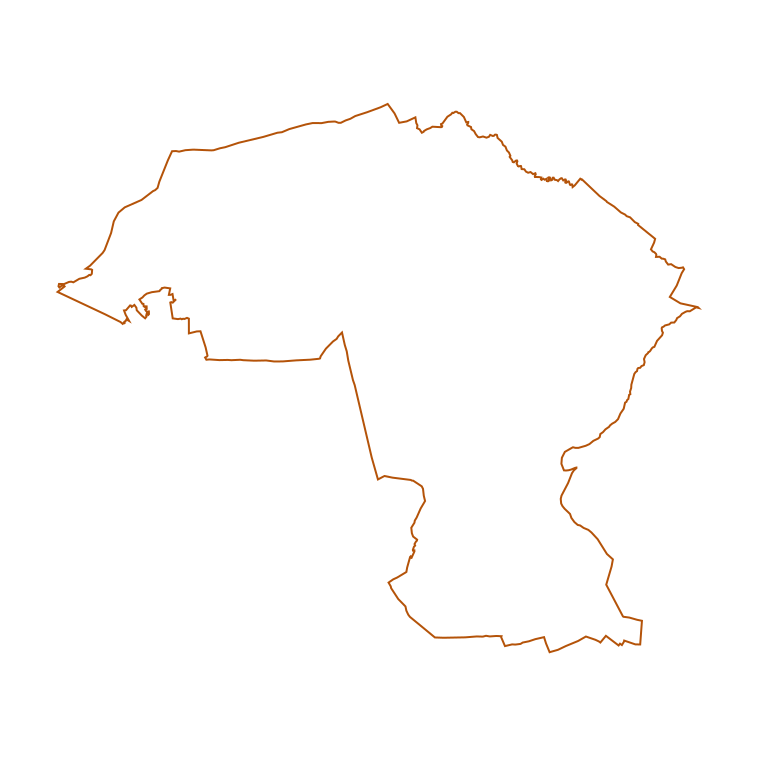 Secas, Arad, Romania (orthographic projection), rotated 266°
{"feature_id": "2599482B87304123778609", "entity_name": "Secas", "entity_type": "district", "adm_level": 2, "iso_a3": "ROU", "parent_name": "Romania", "parent_adm1": "Arad", "projection": "orthographic", "projection_center": [21.803, 45.915], "detail": "fine", "context": "isolated", "style": "outline", "palette": "amber", "viewbox_px": 768, "rotation_deg": 266, "n_neighbors": 0, "source": "geoboundaries", "source_scale": "gbopen_adm2", "svg_char_len": 6147}
<svg xmlns="http://www.w3.org/2000/svg" viewBox="0 0 768 768"><g transform="rotate(266 384 384)"><path d="M575.1,594.1L568.8,588.1L567.3,585.9L569.9,585.7L570.1,585.3L569.5,583.9L569.8,583.4L573.1,582.6L573.3,582.0L572.0,580.0L572.1,579.1L572.9,578.8L574.1,579.8L575.3,579.5L575.5,578.9L574.6,577.0L576.9,575.7L576.9,575.0L575.9,573.3L574.3,571.8L575.3,570.8L575.8,568.7L578.0,567.6L578.0,566.7L576.0,566.2L575.5,564.9L578.4,563.9L578.7,563.0L578.4,562.2L575.5,562.8L574.9,562.3L574.8,561.5L575.1,560.6L577.3,560.2L576.6,558.5L577.7,557.3L576.6,555.4L577.2,554.8L579.0,555.4L579.6,553.1L580.0,549.0L580.9,548.9L582.6,550.0L583.7,549.7L583.0,547.3L585.2,545.0L584.7,542.5L586.0,540.4L588.4,539.0L588.8,536.3L591.8,535.9L592.0,535.0L591.6,533.6L592.0,532.8L594.7,531.7L596.9,532.6L597.7,532.3L597.7,531.4L596.1,529.0L596.5,527.9L598.2,527.5L601.8,525.2L602.8,526.0L606.2,524.8L608.4,522.9L612.3,521.7L614.2,519.4L617.5,518.4L621.5,514.5L624.6,514.0L625.0,513.0L624.9,511.9L623.9,510.9L623.8,509.9L625.1,507.3L623.3,505.9L622.6,503.4L624.0,500.0L623.4,496.7L623.8,495.0L626.9,492.9L630.0,491.5L632.0,489.0L634.3,488.7L636.2,485.3L637.0,485.0L638.6,486.2L639.5,486.3L639.3,484.3L644.8,482.3L648.9,478.7L649.0,477.2L650.5,475.6L650.6,474.1L649.5,472.1L649.8,471.1L648.3,469.7L646.2,465.9L639.8,460.5L639.3,459.0L638.2,459.1L637.2,460.1L636.5,459.8L636.2,458.9L637.3,450.2L636.1,448.0L635.0,444.3L633.6,441.6L632.8,441.1L632.0,439.3L635.6,437.2L636.9,434.8L639.8,435.4L642.0,434.4L647.8,433.9L644.4,425.0L643.5,417.3L653.2,413.4L663.1,407.2L660.3,399.9L656.3,386.1L653.3,374.0L650.9,368.9L649.6,364.1L647.6,359.2L647.7,356.9L649.1,353.9L649.3,352.7L649.4,346.7L648.6,339.9L649.3,331.0L648.4,324.3L644.9,307.3L642.3,299.7L642.1,295.3L638.9,280.8L634.8,256.0L631.3,242.1L630.6,236.8L629.1,230.4L629.1,228.0L631.1,210.1L631.1,202.2L630.1,195.8L630.9,192.8L631.0,188.8L622.2,184.0L601.5,174.0L595.4,171.8L593.4,169.3L592.5,167.0L584.5,154.9L578.3,137.7L573.5,131.1L565.1,125.8L553.7,122.3L537.1,114.6L534.4,112.5L522.5,99.0L519.8,94.6L518.8,99.9L518.2,100.8L514.3,100.2L513.0,98.8L513.4,97.6L512.1,95.7L511.0,92.9L510.2,87.4L507.1,81.2L507.9,79.1L507.8,76.9L506.0,71.8L506.5,66.8L504.2,66.1L502.9,66.9L504.6,69.3L504.5,71.6L503.6,72.2L498.6,64.8L473.0,110.6L464.2,125.5L462.2,127.5L462.8,128.2L462.6,128.9L462.9,129.4L463.7,128.9L464.5,129.7L464.5,130.4L466.4,131.6L464.7,134.1L471.1,131.1L475.5,129.8L475.6,131.8L480.1,136.2L479.9,137.0L478.5,137.7L480.3,140.5L477.4,142.3L474.8,142.5L469.1,147.2L466.2,150.3L467.8,151.8L468.8,151.5L471.0,152.3L470.0,152.6L469.3,153.6L470.1,154.4L472.8,154.5L472.8,153.9L472.1,153.2L473.7,151.5L474.9,151.0L475.4,152.5L478.0,152.6L478.1,151.3L477.4,150.9L478.3,149.7L480.7,149.6L480.9,148.5L485.4,145.9L487.2,149.1L489.1,151.1L490.7,153.7L491.8,158.8L492.3,166.5L493.6,167.5L494.1,168.6L495.1,169.0L495.5,171.9L494.3,177.4L487.9,175.6L487.8,177.1L488.5,179.3L481.5,180.0L483.0,182.5L479.9,178.9L480.5,177.5L480.2,176.5L464.2,177.8L463.1,183.0L463.4,185.6L462.7,186.8L463.1,188.1L462.8,189.5L463.7,192.1L462.8,193.9L448.1,192.9L449.5,200.9L449.4,204.6L433.0,208.6L424.5,209.9L423.9,209.5L422.9,207.4L420.6,208.5L420.7,211.5L419.3,221.6L418.9,229.9L418.4,233.4L418.2,242.3L417.6,245.1L416.3,256.1L415.7,268.1L414.1,276.1L413.6,284.6L413.7,298.1L413.4,312.2L413.7,320.9L414.0,322.0L416.0,322.7L423.3,328.5L430.0,336.1L432.3,339.9L434.7,341.6L438.3,345.7L425.7,347.6L419.2,349.1L409.8,350.0L390.1,353.3L384.9,354.7L311.6,366.6L289.2,371.3L292.2,378.0L290.0,385.9L286.4,404.1L285.8,404.8L285.5,406.4L279.3,414.5L276.7,415.6L269.8,415.9L264.4,416.8L257.3,411.9L248.4,407.2L245.6,405.2L243.5,404.7L238.7,401.2L233.2,401.4L229.8,402.4L226.4,406.2L225.4,405.9L224.6,404.9L222.2,403.3L220.6,403.8L219.7,402.6L216.5,401.2L215.8,401.3L215.9,402.7L214.9,402.7L208.6,399.3L208.7,398.9L210.1,398.5L209.7,398.0L199.3,394.3L194.9,393.2L190.0,383.6L188.5,379.6L185.6,374.7L181.7,376.6L179.8,376.9L168.5,383.2L160.6,389.9L156.3,390.5L152.2,392.1L149.9,393.6L127.6,417.1L126.7,425.8L125.6,447.4L125.7,458.9L125.1,465.0L125.7,468.2L124.8,471.9L124.8,478.5L124.2,483.6L123.3,483.2L114.1,486.4L115.3,493.6L114.9,496.9L115.2,502.1L116.4,504.3L117.2,510.5L118.9,517.1L120.3,526.0L114.0,527.5L104.9,530.5L106.7,539.0L109.9,547.1L114.1,559.7L118.0,567.8L114.1,577.0L112.2,580.4L111.0,581.8L117.3,587.8L106.8,599.8L108.5,601.3L107.0,603.1L110.2,605.4L111.3,605.7L106.7,616.6L106.3,621.4L129.8,624.8L131.1,620.1L133.9,612.4L135.1,606.6L135.6,606.1L168.3,591.7L186.1,598.3L193.1,600.1L198.9,594.5L214.3,586.3L221.4,580.6L224.2,577.7L226.5,573.1L229.2,569.8L229.9,567.4L233.0,564.3L237.3,561.6L241.4,560.5L246.9,555.5L249.6,553.6L252.4,552.4L257.1,552.3L260.3,553.3L272.3,560.7L281.9,565.3L284.5,567.3L286.7,570.1L287.2,570.1L287.0,568.8L285.6,564.7L285.1,562.2L285.0,559.5L285.3,557.5L292.0,555.4L298.0,556.3L303.7,559.7L307.1,566.7L307.7,568.1L306.9,570.6L306.7,573.4L308.3,580.9L309.7,584.7L312.7,588.9L314.7,593.9L316.0,595.5L319.0,596.3L320.7,599.1L323.3,601.7L325.7,605.7L326.8,606.4L328.5,608.8L330.0,612.0L332.6,615.0L338.1,617.8L342.6,621.4L348.6,623.2L349.3,624.6L351.0,625.4L352.0,626.7L356.1,627.8L356.6,629.0L359.3,628.9L362.7,630.3L366.0,630.7L376.6,634.4L378.3,635.8L379.2,637.3L381.4,637.9L382.2,638.7L382.3,640.7L383.9,642.1L384.7,644.5L387.6,645.5L390.8,645.1L394.5,647.1L396.3,649.4L397.4,650.0L397.6,650.9L398.5,651.9L400.9,653.7L401.8,654.8L402.2,656.3L408.0,659.4L413.2,664.8L415.7,665.8L417.6,665.0L420.3,664.9L421.1,665.3L421.7,666.9L422.8,668.4L423.6,672.7L425.2,674.7L425.1,677.9L427.4,680.0L429.3,681.0L430.9,684.0L433.2,686.1L435.0,689.9L435.5,691.6L435.2,694.1L438.7,700.7L437.9,703.2L438.8,702.4L443.8,685.3L450.9,675.2L461.8,682.9L473.8,688.7L477.6,691.4L479.5,690.4L479.2,689.1L479.1,686.0L480.4,682.8L483.5,678.8L483.3,675.8L486.5,673.7L488.7,673.2L489.5,671.3L489.7,669.8L491.7,667.8L491.8,664.2L493.9,664.7L494.9,664.4L496.6,662.9L497.5,661.2L499.7,659.7L506.2,663.3L509.9,664.6L524.9,648.5L526.0,648.8L528.0,645.5L533.1,641.1L534.5,637.8L536.2,636.3L538.6,632.3L544.9,626.0L550.0,619.1L550.9,618.6L556.4,612.2L573.4,596.6L574.3,595.7L574.0,595.4L575.1,594.1Z" fill="none" stroke="#b45309" stroke-width="2"/></g></svg>